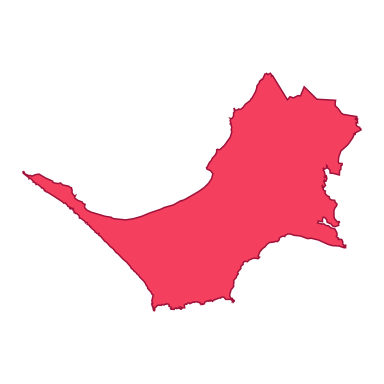 outline of Mornington Peninsula, Victoria, Australia
{"feature_id": "25037944B38646980032426", "entity_name": "Mornington Peninsula", "entity_type": "district", "adm_level": 2, "iso_a3": "AUS", "parent_name": "Australia", "parent_adm1": "Victoria", "projection": "albers", "projection_center": [144.952, -38.333], "detail": "fine", "context": "isolated", "style": "filled", "palette": "rose", "viewbox_px": 384, "rotation_deg": 0, "n_neighbors": 0, "source": "geoboundaries", "source_scale": "gbopen_adm2", "svg_char_len": 6009}
<svg xmlns="http://www.w3.org/2000/svg" viewBox="0 0 384 384"><path d="M335.6,100.3L316.8,99.2L304.2,86.8L300.5,95.9L298.0,95.6L293.4,97.9L290.0,96.7L287.4,99.8L272.6,75.7L271.7,76.2L271.4,74.6L270.3,73.2L267.8,74.5L266.6,73.4L265.8,74.1L265.0,74.0L262.6,79.3L261.7,79.9L261.3,79.5L261.0,80.4L259.4,81.3L259.5,82.5L257.0,85.8L256.4,89.3L255.5,91.8L252.1,98.0L251.4,98.5L250.2,100.6L245.4,104.2L243.2,107.2L240.9,109.2L239.6,109.5L238.8,108.9L237.4,110.0L235.6,110.2L234.8,110.0L234.5,108.6L234.8,108.2L234.0,108.6L234.6,111.7L233.6,112.8L233.5,116.3L232.0,118.3L231.0,118.7L230.1,118.4L230.7,119.3L230.1,120.6L230.8,122.8L230.2,123.9L231.3,124.4L231.2,125.5L231.8,127.2L231.2,129.8L231.7,131.4L231.6,132.7L230.2,137.3L224.5,145.3L220.4,149.2L219.5,149.8L217.7,149.3L216.7,149.7L216.6,152.6L216.0,153.3L215.8,154.4L212.3,158.2L211.1,160.8L210.0,161.7L208.8,163.7L207.2,167.1L206.5,167.7L207.1,169.2L210.5,170.6L212.9,173.8L211.6,178.6L208.6,183.2L204.4,187.4L198.5,191.6L185.7,199.0L181.6,200.9L181.2,200.5L173.4,204.9L164.0,207.6L160.8,209.2L148.8,213.3L142.0,216.2L133.5,218.7L125.6,219.9L114.0,218.7L112.1,218.1L111.4,217.3L105.5,216.4L91.3,212.2L86.9,210.1L85.0,208.1L84.5,206.3L85.1,204.4L83.0,203.5L82.2,202.0L77.9,200.4L75.3,198.6L74.5,197.3L75.3,195.7L74.8,196.0L73.3,194.8L72.0,192.6L72.1,189.6L71.5,189.1L71.5,187.7L69.7,187.2L68.8,186.2L62.7,184.9L60.4,182.9L58.6,183.6L54.0,182.9L52.8,182.1L52.6,181.1L45.5,178.0L39.0,174.1L35.7,174.6L31.8,176.2L30.8,175.5L29.0,175.6L25.1,174.1L23.8,171.6L23.1,171.7L23.0,172.4L23.3,173.3L28.9,177.7L29.0,178.8L30.0,178.3L31.0,178.9L33.1,181.0L33.2,182.1L33.8,182.0L34.5,182.7L35.2,182.5L35.9,183.4L36.0,184.5L37.7,184.3L41.2,187.1L41.5,187.9L43.4,188.4L44.6,190.8L45.2,190.6L46.3,191.9L47.4,192.1L55.3,197.1L62.6,201.9L63.8,203.2L65.3,202.9L65.8,203.8L66.9,204.4L67.7,206.2L69.9,207.3L69.6,208.0L70.1,208.7L71.2,207.9L71.9,208.2L71.7,208.8L73.1,208.4L73.4,208.9L72.8,209.4L73.2,210.5L74.2,211.3L74.1,212.5L75.0,212.5L75.4,213.4L76.0,213.1L79.0,215.4L79.5,218.1L80.9,218.3L83.3,220.1L85.1,221.6L85.5,222.9L87.1,222.5L87.6,223.9L87.3,224.3L89.6,225.5L89.8,226.5L90.9,227.0L90.9,227.6L94.8,231.0L95.1,232.1L95.8,232.2L96.8,233.4L98.9,233.6L98.3,234.3L99.1,235.5L100.4,236.0L104.8,241.3L106.4,242.2L110.4,246.7L113.0,248.6L115.9,252.3L118.3,254.1L122.5,258.6L126.7,262.2L130.8,267.0L131.1,268.2L133.6,270.1L133.9,271.0L136.0,272.5L136.8,273.8L139.0,275.6L139.7,277.1L143.8,281.1L145.2,283.0L146.3,285.5L147.3,286.5L147.8,288.6L150.8,291.8L152.2,294.5L153.3,295.2L152.4,298.0L152.4,299.4L151.9,299.9L152.0,302.0L152.5,302.2L152.5,303.2L151.9,303.6L152.3,304.1L151.8,304.9L152.3,305.4L152.5,306.6L153.4,307.0L153.4,308.1L153.0,308.2L153.6,310.4L154.1,310.8L154.6,310.6L154.6,309.8L155.4,310.0L154.4,309.4L154.3,308.7L157.7,305.2L161.5,305.3L162.2,304.4L164.2,305.0L165.1,304.2L166.2,304.3L166.8,303.7L168.8,304.4L169.1,305.1L168.9,306.2L171.5,307.5L171.3,308.5L170.7,308.7L171.0,309.2L174.2,309.4L174.4,308.6L176.1,308.0L176.5,308.6L178.1,308.3L178.6,307.6L180.6,309.1L181.3,309.2L181.7,308.8L180.7,307.2L182.1,307.8L184.7,307.8L184.3,305.1L185.6,304.0L186.3,304.3L187.2,303.9L187.6,303.2L188.9,302.9L189.9,303.7L193.3,302.0L194.3,302.4L195.5,301.8L197.8,301.9L198.2,302.4L199.9,302.5L200.3,303.8L201.5,304.0L201.3,304.5L203.0,304.4L203.1,303.8L204.2,303.9L204.9,302.1L207.3,300.9L208.9,301.3L209.9,300.1L210.6,300.3L210.7,300.9L211.5,300.5L212.5,301.3L214.1,300.0L219.5,297.9L220.5,298.1L222.0,296.9L224.0,297.3L225.7,299.4L230.6,299.4L232.5,300.8L232.4,301.6L232.9,301.3L233.2,302.2L234.3,301.0L234.2,300.4L233.0,299.8L232.3,298.4L231.3,298.4L230.3,297.3L229.8,296.0L229.8,293.9L230.6,291.8L230.7,290.4L233.7,286.4L233.5,283.9L234.0,282.2L233.6,281.2L234.1,279.8L236.3,277.5L236.7,275.8L238.3,273.9L237.6,272.9L237.8,272.0L240.9,268.5L240.7,267.2L241.2,266.0L242.3,265.1L242.0,264.9L242.0,264.6L242.2,265.0L243.1,264.5L242.9,263.6L243.8,261.8L245.3,261.3L247.5,261.7L249.1,260.0L252.6,258.5L255.0,258.1L258.1,258.7L259.5,257.2L258.4,256.9L258.2,256.1L259.8,251.9L262.5,248.6L265.3,246.6L266.4,244.9L269.1,242.6L274.2,242.0L275.1,241.4L277.7,241.5L279.2,239.8L279.2,238.6L280.2,237.3L283.1,236.1L284.8,236.5L285.3,235.3L287.6,234.1L290.1,233.9L294.0,235.3L300.5,236.0L307.5,238.6L311.4,238.3L318.4,240.0L328.4,244.5L332.3,245.6L338.9,246.0L343.9,247.7L345.6,247.7L345.7,245.2L345.0,245.3L344.8,246.5L343.3,246.4L344.6,245.9L342.7,244.0L342.8,241.9L342.1,240.0L341.1,239.3L338.4,239.5L338.1,239.1L338.6,238.4L338.4,238.0L336.3,236.7L336.4,236.0L337.1,235.3L336.9,232.8L334.9,229.0L330.8,227.8L328.7,225.9L325.8,225.4L323.9,223.9L322.0,224.0L317.7,223.0L318.1,222.4L318.1,221.0L322.5,221.8L322.5,219.0L323.1,217.3L324.5,217.3L326.6,219.6L327.2,222.3L331.2,224.0L332.5,225.9L334.8,226.7L338.6,225.4L338.5,223.4L339.5,222.1L338.9,221.5L338.2,222.1L337.0,221.5L334.7,218.9L334.0,216.9L333.9,210.6L335.0,207.8L336.6,205.9L337.0,204.0L335.2,202.2L334.7,200.3L331.6,200.0L330.1,199.2L329.3,198.0L329.2,196.6L327.4,195.9L325.7,194.2L325.0,193.0L325.4,191.0L323.8,190.4L323.3,189.6L323.3,188.3L322.7,187.7L322.9,187.6L322.7,186.2L322.2,185.7L322.0,184.9L322.9,186.5L324.0,187.1L325.5,185.4L324.0,182.2L324.0,180.6L324.4,180.1L325.2,181.4L325.8,181.4L326.9,178.6L326.4,177.3L325.6,177.3L326.1,177.0L325.7,176.8L326.5,176.7L326.2,175.6L325.1,175.7L324.4,171.6L323.3,170.2L324.3,169.2L322.8,167.9L324.6,169.0L326.6,168.0L327.1,166.6L326.7,165.9L326.7,165.5L327.3,166.2L327.4,168.0L328.5,168.5L330.0,170.3L330.1,173.1L332.9,173.3L339.4,175.0L339.6,170.3L340.8,169.5L341.0,165.9L342.2,164.9L342.1,163.5L338.8,163.3L338.3,161.3L338.8,156.8L340.9,151.0L347.3,145.2L348.9,143.3L352.7,137.8L354.1,134.4L355.2,134.4L355.2,133.5L354.5,133.3L361.0,129.9L360.8,128.9L359.8,128.3L359.7,127.4L357.3,126.4L356.3,125.1L356.0,122.5L357.6,122.9L357.5,121.2L356.8,119.8L357.5,119.7L357.5,118.6L355.9,118.6L355.4,119.2L355.2,118.8L355.9,117.8L356.7,117.9L356.8,116.6L343.4,114.4L341.5,113.3L337.9,108.3L335.4,106.0L335.1,103.6L335.6,100.3Z" fill="#f43f5e" stroke="#9f1239" stroke-width="1.5"/></svg>